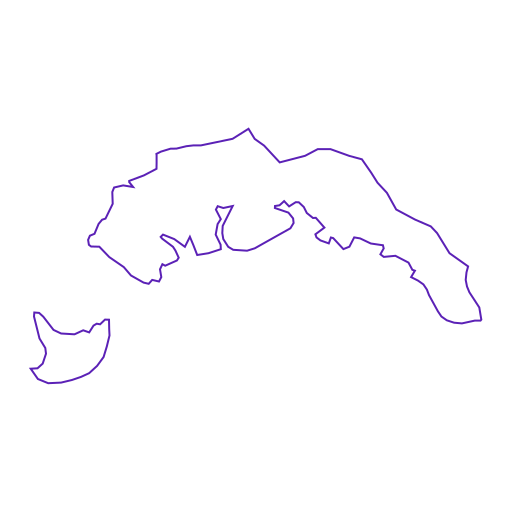 Nampo City, P'yŏngan-namdo, North Korea (Mercator projection)
{"feature_id": "82179303B45638248322590", "entity_name": "Nampo City", "entity_type": "district", "adm_level": 2, "iso_a3": "PRK", "parent_name": "North Korea", "parent_adm1": "P'yŏngan-namdo", "projection": "mercator", "projection_center": [125.376, 38.709], "detail": "fine", "context": "isolated", "style": "outline", "palette": "violet", "viewbox_px": 512, "rotation_deg": 0, "n_neighbors": 0, "source": "geoboundaries", "source_scale": "gbopen_adm2", "svg_char_len": 2267}
<svg xmlns="http://www.w3.org/2000/svg" viewBox="0 0 512 512"><path d="M468.1,266.4L449.5,253.2L437.1,233.1L430.8,226.4L415.1,219.6L396.2,209.5L386.9,192.8L377.5,182.7L371.2,172.7L361.9,159.3L349.3,155.9L330.4,149.1L317.8,149.1L305.1,155.8L292.4,159.1L279.7,162.4L264.1,145.6L254.7,138.9L248.5,128.8L232.6,138.8L216.8,142.1L200.9,145.4L193.4,145.4L186.4,146.2L176.4,148.6L170.5,148.7L161.0,151.6L156.4,153.9L156.6,155.4L156.6,162.7L156.5,168.8L143.9,175.4L129.2,180.9L129.2,182.1L129.9,183.0L133.1,187.0L123.2,185.4L114.1,187.5L112.3,192.0L112.7,203.8L105.5,218.6L102.1,219.7L98.6,223.9L94.5,233.8L89.9,235.7L88.1,239.9L88.9,244.8L91.1,246.5L99.3,246.7L109.3,257.1L123.8,267.1L131.0,275.5L143.6,282.6L148.7,283.8L152.2,279.9L159.0,281.5L161.3,277.1L160.0,269.3L162.4,264.2L165.2,265.7L176.9,260.5L178.7,257.7L175.4,250.5L173.0,246.8L162.1,238.6L160.7,236.9L163.0,234.6L174.3,239.1L184.9,246.8L186.9,242.8L189.9,236.8L193.4,245.2L197.2,255.0L208.5,253.2L220.8,249.2L220.6,244.7L215.7,234.6L217.6,224.1L220.8,219.1L215.9,209.6L217.7,206.2L223.3,208.0L232.7,206.0L222.7,225.9L222.3,233.1L223.3,239.1L228.2,246.8L233.2,249.8L247.1,250.7L254.8,248.3L263.3,243.5L290.4,228.3L293.6,223.0L293.1,218.4L288.4,212.6L274.9,208.0L275.0,206.0L279.5,205.3L282.2,202.9L284.1,201.1L289.1,206.4L295.7,202.2L298.8,202.3L303.8,207.0L306.8,213.0L313.0,218.0L315.8,217.8L324.4,227.6L315.4,234.3L316.5,237.4L320.4,240.4L328.8,243.4L330.9,237.5L333.2,238.1L343.4,249.1L349.4,246.7L354.2,237.4L360.1,238.4L370.8,243.5L381.8,245.1L382.9,245.2L383.7,248.4L380.4,254.3L383.8,256.9L395.4,255.8L408.5,262.6L411.7,268.6L412.3,269.8L414.9,270.7L411.1,277.1L418.0,280.6L423.4,284.4L426.9,289.6L429.0,295.1L437.9,311.3L441.4,316.5L446.8,320.3L454.1,322.7L461.9,323.4L474.8,320.6L480.5,320.6L481.3,319.6L479.3,307.5L469.4,292.3L467.0,286.5L465.7,279.9L466.5,272.3L468.1,266.4ZM30.7,368.7L37.9,379.0L48.2,383.2L61.1,382.6L71.9,380.0L81.0,376.9L89.1,373.2L97.1,365.9L103.6,357.0L106.8,346.5L109.5,335.5L109.2,329.2L109.0,319.7L105.0,319.6L100.1,324.3L96.7,323.7L93.5,325.6L89.2,332.4L83.2,330.3L75.2,334.0L74.4,334.3L61.1,333.5L53.5,329.9L43.3,316.7L39.1,312.9L34.3,312.5L34.0,316.5L39.5,338.5L45.3,348.0L46.0,353.7L42.7,363.6L37.5,368.3L30.7,368.7Z" fill="none" stroke="#5b21b6" stroke-width="2"/></svg>